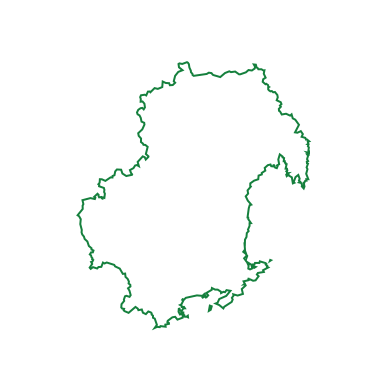 SVG path tracing the border of Maga Buryatdan, rotated 327°
{"feature_id": "RUS-2615", "entity_name": "Maga Buryatdan", "entity_type": "Region", "adm_level": 1, "iso_a3": "RUS", "parent_name": "Russia", "parent_adm1": "", "projection": "albers", "projection_center": [153.715, 62.596], "detail": "fine", "context": "isolated", "style": "outline", "palette": "green", "viewbox_px": 384, "rotation_deg": 327, "n_neighbors": 0, "source": "natural_earth", "source_scale": "10m", "svg_char_len": 6028}
<svg xmlns="http://www.w3.org/2000/svg" viewBox="0 0 384 384"><g transform="rotate(327 192 192)"><path d="M186.1,299.6L180.9,300.5L179.2,305.2L173.9,303.7L170.9,300.3L170.5,301.5L167.8,302.5L167.6,304.3L165.4,305.8L156.5,305.8L154.9,306.7L153.3,301.7L151.1,298.4L153.1,298.8L156.6,296.6L164.1,297.8L170.4,295.8L167.5,293.1L165.1,294.0L163.9,292.8L161.3,292.6L161.9,291.3L160.4,287.9L158.2,286.4L156.4,283.4L155.2,284.8L148.9,284.5L149.3,287.5L146.8,288.2L146.2,288.0L146.6,286.7L142.6,286.3L146.8,285.1L146.8,284.3L144.2,284.8L139.8,281.4L129.2,277.4L126.7,277.9L125.8,276.8L125.1,277.1L125.8,278.2L121.9,280.5L120.5,280.3L121.3,281.9L120.9,282.9L122.7,284.0L122.7,285.7L121.3,284.9L118.9,286.0L117.8,285.5L117.1,284.3L117.9,283.0L117.3,282.8L115.5,285.1L115.2,288.2L116.4,288.5L117.3,287.3L117.1,288.8L118.0,287.6L119.1,288.3L118.1,290.0L118.5,291.4L117.9,292.5L116.6,291.1L115.7,292.3L110.3,291.1L109.9,287.5L107.3,286.4L101.5,286.8L100.5,287.7L101.3,289.2L100.9,290.0L97.4,288.7L96.5,290.6L92.5,287.3L91.4,287.8L89.3,286.1L86.7,285.7L90.2,284.3L91.8,277.9L90.8,276.2L91.9,274.5L91.4,272.8L92.1,271.8L91.9,270.6L90.3,268.4L86.8,269.3L85.1,266.5L85.9,263.2L82.7,261.9L83.0,260.3L82.0,257.6L73.0,258.8L70.5,255.1L70.3,253.9L71.4,253.0L70.0,251.8L69.8,250.3L71.8,247.7L75.8,246.4L76.3,245.1L79.0,243.0L80.4,243.3L82.5,245.9L84.4,245.1L85.8,240.7L85.9,237.9L88.9,237.7L89.7,236.2L89.0,234.2L90.3,232.8L90.7,229.8L90.0,227.0L91.5,224.0L89.4,223.0L89.7,216.9L87.0,212.5L87.1,210.8L82.1,204.7L79.7,204.3L78.9,202.7L75.2,205.4L72.7,204.0L70.8,204.5L68.0,201.1L65.2,201.3L65.0,199.7L69.1,198.0L69.3,195.8L70.4,196.2L72.1,195.2L71.6,194.1L72.4,193.4L72.2,192.0L72.8,190.2L72.3,188.7L74.5,187.7L76.0,188.6L77.5,187.4L76.4,185.5L77.1,184.4L76.1,181.1L77.3,176.5L76.4,172.9L77.1,170.5L76.8,167.9L77.4,165.7L78.9,163.8L80.8,158.1L83.9,154.2L84.1,150.8L83.4,149.2L91.1,146.7L92.8,143.9L94.3,143.0L95.7,139.2L103.5,141.8L106.7,145.0L107.8,144.2L107.4,142.8L111.8,142.0L112.1,143.6L111.5,144.2L111.2,145.9L113.2,146.8L112.9,148.1L113.4,148.9L114.5,148.1L115.3,149.2L118.0,146.0L118.3,144.1L119.7,142.5L120.3,140.6L117.2,136.6L118.0,135.7L117.7,134.5L119.6,133.9L121.7,131.1L123.3,132.2L125.4,135.5L131.7,135.4L133.2,136.5L134.1,135.3L136.1,135.7L138.8,132.9L141.3,132.2L144.7,134.7L143.7,138.6L145.6,142.8L151.0,144.9L151.4,144.6L151.2,143.0L151.9,139.8L155.9,140.1L158.7,138.8L160.5,139.4L161.5,141.4L162.8,137.2L170.1,135.3L171.3,137.1L170.9,139.6L174.5,138.8L174.9,138.4L174.0,135.0L179.4,130.0L178.5,127.1L177.0,126.0L177.2,124.6L176.4,122.3L178.4,119.4L177.9,115.9L178.9,113.4L184.4,112.4L188.8,109.6L189.6,107.9L188.0,105.5L189.4,101.9L189.7,99.2L188.7,97.2L189.2,95.3L191.7,93.8L194.4,93.7L196.1,94.4L196.5,96.4L198.6,95.4L200.2,92.0L199.8,89.1L198.1,88.3L199.7,86.1L200.2,84.2L201.9,83.1L205.4,84.7L206.2,86.1L209.7,83.8L211.3,84.7L211.4,85.7L217.2,84.5L219.5,86.9L224.2,87.8L227.6,83.4L229.4,86.3L232.1,88.3L231.6,90.4L234.1,91.8L237.4,91.2L237.0,89.2L241.1,85.4L245.9,83.8L250.4,84.7L249.0,80.4L250.4,77.3L251.5,77.3L253.6,79.3L258.5,80.4L259.0,81.4L259.0,83.1L257.6,86.2L257.1,89.6L256.4,90.9L256.7,93.3L256.2,94.2L256.7,95.5L268.6,101.0L271.1,101.1L273.1,102.9L273.3,105.0L273.9,105.9L278.3,111.0L284.5,110.2L289.0,111.1L290.0,112.7L293.8,114.5L295.6,119.0L296.7,119.6L302.4,121.0L305.8,120.5L308.4,122.7L311.8,122.6L313.1,121.3L313.3,118.7L314.9,120.0L314.0,122.8L314.6,123.9L314.5,125.2L317.1,126.9L318.1,129.0L319.0,129.4L316.6,131.9L316.0,136.2L313.1,136.2L311.3,138.1L312.3,141.6L313.2,141.7L314.0,143.8L313.4,145.1L313.8,145.9L312.8,145.9L311.8,147.5L311.9,148.6L312.6,150.3L313.9,150.8L314.4,152.6L316.0,153.3L316.4,157.1L315.5,159.3L313.0,161.2L315.3,165.0L314.9,167.0L312.8,167.4L312.9,168.9L310.1,169.6L309.2,171.3L309.7,172.4L309.5,175.9L313.5,177.6L315.9,181.4L317.8,181.1L316.6,185.1L318.0,187.6L318.3,193.9L310.9,198.1L312.7,199.7L316.4,200.2L316.5,203.8L314.0,205.4L316.5,208.3L316.2,210.2L317.0,210.5L317.9,213.3L316.5,212.9L315.8,214.9L315.0,214.9L315.6,215.6L314.1,216.8L314.3,218.2L312.1,220.8L312.4,221.4L311.5,222.8L309.9,221.3L310.5,223.4L310.3,224.1L309.0,223.2L309.1,224.8L306.4,227.1L306.2,229.3L304.8,229.1L304.1,230.5L304.7,231.4L301.5,233.8L301.3,235.7L297.7,238.9L296.5,244.6L294.8,243.5L294.2,244.9L293.0,244.3L290.9,245.6L291.1,244.2L289.3,248.7L287.6,249.9L287.2,247.3L288.3,247.1L287.9,246.1L288.5,244.9L288.4,243.8L287.0,242.3L288.3,242.2L287.9,240.7L289.5,239.5L290.4,235.6L286.9,235.9L282.5,239.2L282.8,240.0L281.3,239.7L283.7,234.1L282.2,231.0L282.5,230.0L280.1,230.3L280.5,228.8L283.1,228.7L281.8,228.0L282.6,227.1L282.4,226.0L283.7,225.8L284.3,224.2L283.2,223.4L286.5,220.2L285.9,219.6L286.3,218.6L285.9,218.1L286.6,216.7L285.7,216.1L287.7,213.7L286.8,212.3L287.3,211.7L286.1,208.3L282.1,211.7L280.2,216.2L277.7,216.0L277.8,217.0L276.1,218.2L275.0,216.8L275.4,213.3L274.3,215.0L272.5,213.5L272.8,211.7L270.2,210.8L266.1,211.4L265.1,214.0L260.9,214.0L260.1,215.3L256.8,214.5L254.5,217.4L250.3,216.3L245.6,216.5L244.1,218.7L244.3,219.5L239.5,220.9L238.2,223.9L234.7,224.9L234.1,229.6L234.8,234.9L233.2,234.5L230.8,236.5L224.7,243.6L225.2,244.1L224.4,245.5L224.5,250.2L223.3,249.5L221.8,251.8L218.4,254.1L218.2,255.6L215.6,256.3L213.2,259.4L210.5,260.8L208.5,263.7L208.5,262.8L204.4,270.4L203.7,273.6L203.8,271.1L204.8,269.2L202.4,270.1L203.4,273.0L203.5,275.7L202.3,276.6L202.9,275.2L199.6,276.0L199.8,280.2L202.0,284.9L199.7,282.2L199.3,284.7L197.5,286.9L198.5,288.5L200.9,288.9L201.8,286.4L202.5,286.1L202.2,288.1L202.9,289.5L204.6,289.5L203.0,287.6L202.9,285.7L204.9,286.7L206.2,285.8L209.9,288.2L211.1,287.1L215.0,291.7L215.2,292.8L214.3,293.1L214.9,294.9L214.2,295.4L214.9,296.8L209.0,296.3L208.7,298.2L203.2,295.8L201.5,296.5L202.0,298.9L197.2,300.7L194.9,299.7L193.3,297.1L191.6,296.7L192.8,294.9L190.9,296.6L186.6,295.0L186.3,297.7L185.3,297.8L186.3,298.3L186.1,299.6ZM145.1,297.0L146.3,298.6L143.5,301.0L141.4,300.9L145.1,297.0ZM120.4,294.9L119.5,293.6L121.1,293.5L120.4,294.9ZM219.7,292.3L220.6,291.6L221.1,292.3L219.7,292.3Z" fill="none" stroke="#15803d" stroke-width="2"/></g></svg>